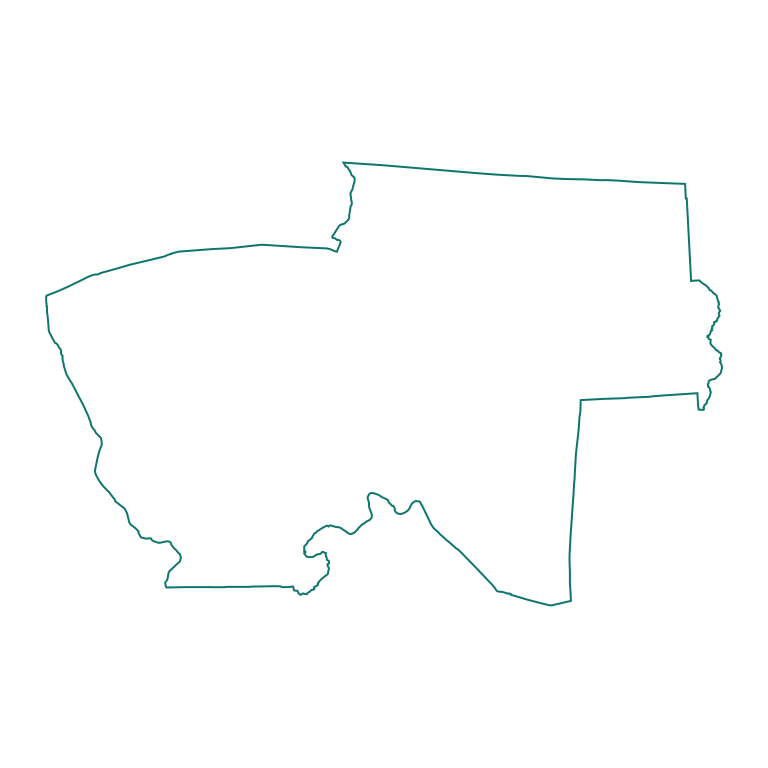 the district of Balaci, Teleorman, Romania
{"feature_id": "2599482B69496145689", "entity_name": "Balaci", "entity_type": "district", "adm_level": 2, "iso_a3": "ROU", "parent_name": "Romania", "parent_adm1": "Teleorman", "projection": "albers", "projection_center": [24.893, 44.347], "detail": "fine", "context": "isolated", "style": "outline", "palette": "teal", "viewbox_px": 768, "rotation_deg": 0, "n_neighbors": 0, "source": "geoboundaries", "source_scale": "gbopen_adm2", "svg_char_len": 6069}
<svg xmlns="http://www.w3.org/2000/svg" viewBox="0 0 768 768"><path d="M166.4,587.5L186.2,587.1L224.2,587.2L226.9,586.9L249.2,586.9L251.4,586.6L274.1,586.2L280.3,586.3L281.6,586.9L283.3,587.2L289.2,587.0L292.5,586.5L293.3,586.8L293.4,587.1L293.6,589.0L294.1,590.3L294.8,590.6L297.4,590.8L298.4,593.1L300.0,594.6L301.0,594.7L302.8,593.4L305.0,594.1L307.0,594.1L307.4,593.2L308.3,592.4L309.7,591.8L311.2,590.1L314.1,589.3L314.4,588.7L314.0,587.9L314.0,587.4L314.3,587.0L317.6,585.3L317.9,584.5L317.8,583.1L318.7,582.6L319.0,581.7L319.4,581.2L322.0,578.6L327.7,574.1L328.1,573.1L328.2,571.8L328.9,568.6L328.7,567.5L327.6,565.8L327.5,564.8L327.7,564.1L329.0,563.5L329.1,563.1L328.8,560.8L327.2,560.1L326.9,559.6L326.5,557.1L326.1,556.7L325.9,556.0L325.6,553.9L325.8,553.1L324.6,552.8L323.4,552.0L322.1,552.0L320.9,553.5L319.8,554.1L317.0,554.4L313.3,556.8L309.1,557.2L307.7,557.0L306.4,556.4L304.1,553.4L305.3,552.6L305.5,552.0L305.3,551.4L304.3,551.5L304.1,551.2L304.3,547.7L304.2,546.5L307.2,543.3L307.7,541.7L308.1,541.1L309.2,540.4L312.3,537.6L312.4,536.6L314.4,533.4L315.9,532.7L317.1,531.2L318.5,530.6L321.2,528.6L326.7,525.7L328.7,526.5L329.4,525.5L331.3,525.5L332.8,526.2L333.8,526.3L336.2,527.1L338.6,527.1L341.5,528.4L342.1,529.0L346.8,532.0L347.3,532.7L350.0,534.1L350.9,534.1L354.6,532.5L357.8,529.2L358.5,528.0L361.9,524.7L365.8,522.2L366.7,521.4L369.6,520.0L370.8,518.8L371.7,517.3L371.9,515.2L371.3,512.9L369.4,508.1L369.0,506.0L369.0,502.8L367.6,498.2L367.7,497.0L369.1,494.3L370.7,493.1L372.0,493.0L374.0,493.3L377.8,494.6L379.6,495.5L381.8,497.1L386.2,499.0L387.5,499.9L388.2,500.5L388.4,501.7L389.2,502.8L392.2,505.8L393.2,505.9L393.6,506.3L394.7,508.3L394.8,510.7L395.5,511.8L397.3,513.3L398.6,513.8L401.3,514.0L405.1,512.4L407.9,510.5L409.6,508.3L410.8,505.4L411.9,503.6L413.4,502.3L415.2,501.1L418.3,501.3L419.9,501.7L423.2,507.8L431.0,524.1L433.3,527.7L434.8,529.3L437.4,531.4L440.5,534.7L443.4,537.1L446.5,540.2L448.7,541.7L455.9,548.2L457.8,549.3L460.1,551.4L475.5,567.2L492.2,584.8L495.3,588.5L496.0,590.0L497.2,591.2L499.8,591.8L502.5,591.9L508.1,593.7L508.4,593.4L509.1,593.5L510.8,594.1L510.7,594.7L528.2,599.9L546.0,604.5L550.5,605.4L552.0,605.3L570.9,600.9L570.6,593.6L569.9,583.4L569.9,571.6L569.5,559.9L569.6,553.6L570.7,533.6L573.4,495.5L574.1,483.4L574.6,478.9L574.7,475.4L575.9,454.3L578.8,428.1L579.5,417.0L580.4,411.1L580.7,400.1L603.3,398.9L626.0,398.1L627.1,397.8L650.6,396.7L651.4,396.4L667.1,395.2L697.4,393.2L698.1,405.6L698.6,409.6L699.6,409.5L703.0,410.0L703.9,409.5L704.0,409.0L703.4,407.6L704.0,406.9L704.4,405.1L705.7,404.3L706.1,403.6L706.6,403.4L707.3,400.3L708.6,398.7L709.5,396.8L710.0,395.8L710.4,393.4L710.8,392.6L710.8,392.0L710.2,390.8L709.6,388.1L709.1,387.3L708.0,386.6L708.1,385.8L707.8,384.4L707.9,384.0L708.4,383.3L708.6,382.7L708.7,381.3L710.1,380.1L711.1,379.7L714.8,378.9L715.5,378.5L715.9,377.7L717.5,376.5L718.6,375.0L719.5,374.5L720.3,373.4L720.9,372.4L721.6,369.4L721.9,368.8L721.9,366.9L721.6,365.2L720.7,363.1L720.0,362.3L720.6,361.2L720.6,360.1L720.4,359.5L719.8,359.0L719.8,358.7L720.6,356.8L721.1,356.1L721.3,355.5L721.0,354.5L721.3,354.0L720.7,353.0L719.1,352.3L717.5,350.6L716.4,350.4L714.1,347.6L712.0,345.8L710.4,343.4L710.7,339.8L708.8,338.9L708.1,337.3L707.4,337.1L707.3,336.9L707.3,336.3L707.5,335.9L708.8,335.8L708.9,335.1L709.7,334.6L710.7,332.1L710.8,330.9L712.1,330.4L711.6,328.9L712.4,328.2L712.0,326.4L712.7,326.1L714.2,324.1L714.4,323.2L714.0,322.7L713.9,322.4L715.5,321.3L716.4,321.5L716.6,321.2L717.2,320.3L717.2,319.0L718.0,318.0L718.8,316.5L719.4,316.0L719.5,315.5L719.0,314.5L718.8,313.6L719.1,312.3L720.1,310.8L720.2,310.4L718.8,308.7L718.7,308.0L718.1,307.1L718.5,306.0L718.6,305.1L719.0,304.2L718.6,302.9L718.9,302.3L718.5,302.0L717.8,300.1L716.9,297.2L716.8,296.0L715.2,294.2L713.3,293.1L713.0,292.5L711.1,290.6L709.7,290.1L708.8,288.0L707.9,287.6L707.5,286.8L706.2,285.6L702.1,283.0L699.3,280.4L691.1,280.9L686.8,199.2L686.6,198.3L685.8,198.4L685.1,183.9L638.7,182.1L617.9,180.6L607.1,180.1L601.0,180.2L584.3,179.4L565.5,179.0L552.1,178.4L526.4,176.0L519.7,175.9L497.7,174.7L476.1,173.1L384.0,165.3L343.5,162.6L345.8,166.6L346.7,166.6L347.9,167.8L348.9,169.8L350.0,171.0L351.5,174.8L351.9,175.4L354.3,177.5L354.6,178.8L354.7,180.1L354.5,181.6L352.9,187.1L352.6,188.9L350.4,193.3L351.4,201.0L351.8,202.2L351.8,203.1L351.5,205.3L350.6,206.3L350.2,209.4L349.2,215.3L349.3,216.9L349.0,218.4L348.0,220.1L345.2,222.9L343.7,224.0L341.4,224.4L339.4,225.5L334.9,232.5L334.2,234.0L332.5,235.9L332.3,236.7L332.5,237.5L332.9,238.1L334.9,238.2L337.0,239.9L338.8,240.0L340.3,241.1L340.6,241.8L340.5,242.9L337.8,249.3L336.9,251.7L334.4,251.1L330.3,249.2L326.6,248.4L302.5,247.3L263.4,244.8L260.9,244.8L230.0,248.2L211.9,249.1L179.0,251.6L175.9,252.3L170.9,253.8L171.0,254.0L167.5,255.0L164.3,256.5L130.0,264.7L110.7,270.3L101.8,272.7L100.0,273.3L98.3,274.4L95.3,274.5L92.7,275.0L87.2,277.2L83.5,279.2L69.1,286.2L57.7,291.3L46.9,295.5L46.4,296.0L46.1,296.9L46.3,302.4L46.6,304.4L46.5,306.1L47.0,306.5L47.0,312.3L47.4,314.4L48.3,323.2L48.7,329.8L49.2,331.7L49.8,333.3L50.4,334.3L52.0,337.5L55.0,342.8L56.1,343.3L57.4,344.5L58.4,346.1L59.0,347.5L60.6,349.4L61.0,351.0L61.0,353.3L61.4,354.4L62.5,355.7L62.6,356.1L62.5,358.0L62.7,360.4L63.7,364.0L63.8,364.6L63.6,364.9L65.6,371.8L66.7,374.8L69.0,378.9L72.3,384.0L78.5,396.1L82.8,404.1L88.2,415.8L90.7,422.7L91.0,424.6L92.0,426.9L93.1,428.5L94.5,430.1L95.9,432.9L100.4,437.4L100.9,438.3L101.4,439.9L101.8,444.4L99.2,451.6L97.8,456.7L94.9,470.8L94.9,471.6L95.3,472.8L96.0,475.0L99.4,481.1L103.1,486.1L109.2,492.4L114.5,499.3L115.1,500.4L115.2,501.3L124.7,508.6L127.0,513.2L129.3,522.4L130.8,524.7L135.0,527.8L138.5,531.3L138.3,532.6L141.0,537.4L145.7,538.6L150.6,538.3L151.1,538.6L151.7,539.9L152.9,540.8L154.1,541.4L158.7,542.8L160.4,542.7L166.6,541.3L168.8,541.4L170.7,542.6L171.3,544.6L173.8,548.0L176.3,550.3L178.3,552.9L180.0,554.3L180.9,557.6L180.1,560.9L179.5,561.9L176.6,564.4L170.2,570.5L169.3,571.4L168.5,573.0L167.5,579.0L166.7,580.7L165.4,582.3L165.2,583.2L165.6,585.4L166.4,587.5Z" fill="none" stroke="#0f766e" stroke-width="2"/></svg>